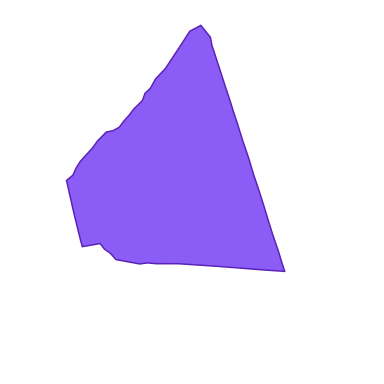 Monteirópolis, Alagoas, Brazil (Robinson projection), rotated 138°
{"feature_id": "56859067B73934188200413", "entity_name": "Monteirópolis", "entity_type": "district", "adm_level": 2, "iso_a3": "BRA", "parent_name": "Brazil", "parent_adm1": "Alagoas", "projection": "robinson", "projection_center": [-37.302, -9.591], "detail": "fine", "context": "isolated", "style": "filled", "palette": "violet", "viewbox_px": 384, "rotation_deg": 138, "n_neighbors": 0, "source": "geoboundaries", "source_scale": "gbopen_adm2", "svg_char_len": 877}
<svg xmlns="http://www.w3.org/2000/svg" viewBox="0 0 384 384"><g transform="rotate(138 192 192)"><path d="M266.6,162.7L249.7,147.4L222.8,119.7L190.8,86.0L176.2,71.0L173.1,78.0L167.6,89.8L163.6,99.1L160.0,107.5L154.4,119.7L147.1,135.3L143.2,143.9L138.6,154.3L134.9,163.0L130.0,173.4L126.9,180.0L124.3,186.0L119.9,196.3L116.0,204.8L111.7,214.1L109.3,219.9L103.5,232.5L99.2,242.2L96.5,248.5L90.0,262.9L85.2,273.8L82.4,280.0L79.1,287.6L74.8,294.6L73.9,309.9L86.1,313.0L101.3,308.8L129.1,301.6L143.5,300.4L153.3,297.0L160.9,296.8L167.4,293.2L179.7,292.6L187.7,291.1L194.9,290.4L202.7,288.8L209.5,290.4L215.6,293.9L227.7,293.2L237.2,291.2L245.8,290.4L254.6,289.5L262.2,287.3L269.3,284.2L277.5,284.6L294.1,255.0L306.4,232.1L310.1,224.8L294.7,215.1L295.3,208.2L293.7,201.1L293.7,192.6L279.0,173.5L272.3,168.9L266.6,162.7Z" fill="#8b5cf6" stroke="#5b21b6" stroke-width="1.5"/></g></svg>